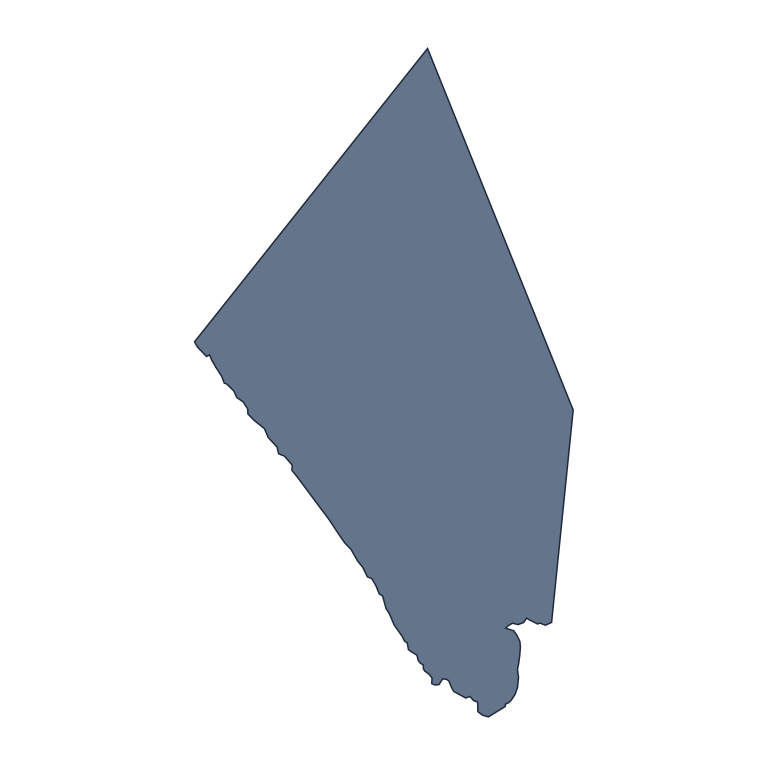 Ngeburch, Melekeok, Palau (Equal Earth projection), rotated 179°
{"feature_id": "81905179B7917113976902", "entity_name": "Ngeburch", "entity_type": "district", "adm_level": 2, "iso_a3": "PLW", "parent_name": "Palau", "parent_adm1": "Melekeok", "projection": "equal_earth", "projection_center": [134.624, 7.51], "detail": "fine", "context": "isolated", "style": "filled", "palette": "slate", "viewbox_px": 768, "rotation_deg": 179, "n_neighbors": 0, "source": "geoboundaries", "source_scale": "gbopen_adm2", "svg_char_len": 1284}
<svg xmlns="http://www.w3.org/2000/svg" viewBox="0 0 768 768"><g transform="rotate(179 384 384)"><path d="M572.7,429.5L570.1,424.5L561.0,414.6L557.9,416.1L555.8,410.9L551.8,403.6L546.2,394.6L543.7,387.7L541.4,386.8L534.2,379.6L531.4,373.0L525.2,368.6L520.7,361.5L520.6,356.4L514.7,350.1L504.3,341.4L500.7,332.5L492.0,322.8L490.6,316.1L484.6,313.5L477.2,304.4L477.6,299.3L472.0,292.1L449.2,260.3L441.9,250.3L430.0,231.7L425.9,225.7L419.8,219.1L413.5,207.5L408.4,201.0L404.0,191.5L399.6,189.6L395.7,182.7L392.4,174.2L389.1,172.1L385.9,159.5L383.0,155.0L377.9,142.6L369.9,130.9L368.2,126.9L365.2,124.5L364.2,118.0L361.5,115.9L355.8,112.3L354.7,107.2L352.5,104.2L349.6,102.3L349.6,98.7L348.3,96.3L344.1,93.1L341.1,89.2L341.5,83.6L338.1,82.1L334.3,82.5L330.4,88.2L326.8,87.6L324.4,86.1L322.1,80.2L319.7,75.4L307.7,68.6L303.5,70.1L300.0,65.9L295.9,64.3L295.9,54.8L291.4,51.2L285.5,49.3L268.3,59.5L268.2,61.8L264.7,63.3L262.0,66.0L258.2,71.7L255.8,78.4L254.6,88.1L255.5,96.1L254.1,103.1L253.0,110.2L252.2,118.4L252.6,124.2L255.6,130.6L258.7,135.1L262.3,136.3L266.5,137.7L263.9,140.3L259.6,142.6L254.1,141.1L248.5,143.1L245.5,147.4L242.9,145.7L234.7,141.4L232.1,142.2L226.8,140.0L220.6,142.7L195.3,354.7L334.6,718.7L572.7,429.5Z" fill="#64748b" stroke="#1e293b" stroke-width="1.5"/></g></svg>